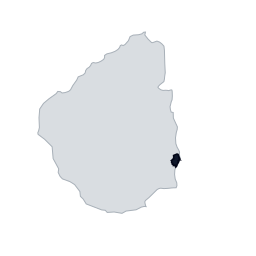 Centurión, Cerro Largo, Uruguay shown in context, rotated 46°
{"feature_id": "84410073B80643779971885", "entity_name": "Centurión", "entity_type": "district", "adm_level": 2, "iso_a3": "URY", "parent_name": "Uruguay", "parent_adm1": "Cerro Largo", "projection": "orthographic", "projection_center": [-53.755, -32.187], "detail": "fine", "context": "in_parent", "style": "filled", "palette": "ink", "viewbox_px": 256, "rotation_deg": 46, "n_neighbors": 0, "source": "geoboundaries", "source_scale": "gbopen_adm2", "svg_char_len": 3831}
<svg xmlns="http://www.w3.org/2000/svg" viewBox="0 0 256 256"><g transform="rotate(46 128 128)"><path d="M197.1,169.6L195.7,170.8L194.2,173.3L192.4,179.1L186.4,187.1L185.2,191.6L178.8,196.3L174.3,201.6L171.4,201.5L168.7,203.8L153.6,210.8L148.1,209.6L144.1,209.7L140.2,206.7L131.6,205.7L126.3,207.0L119.1,210.5L117.0,210.5L115.4,210.4L111.5,209.1L109.2,206.2L98.0,203.1L88.8,195.6L78.2,195.8L70.1,197.1L68.8,196.2L67.9,194.2L66.1,191.4L58.8,184.9L53.0,178.3L51.6,171.7L52.1,164.4L53.4,155.7L52.9,153.1L54.9,151.4L57.0,151.1L58.8,148.7L60.4,145.3L60.6,142.8L59.1,138.1L57.9,131.6L56.6,128.3L58.7,123.1L58.6,120.5L57.2,118.4L56.8,116.1L57.3,113.8L57.1,111.5L56.2,109.4L56.7,107.6L58.8,106.1L60.2,103.9L61.2,100.9L61.6,98.7L61.6,97.2L60.9,95.7L59.5,94.4L60.0,91.7L62.4,87.6L63.9,83.9L64.5,80.7L64.3,78.2L63.4,76.3L63.7,75.0L65.3,74.2L65.9,72.2L65.5,67.1L63.7,63.0L64.8,59.7L68.2,55.7L69.9,52.6L70.0,50.2L71.1,48.8L72.8,51.3L77.9,51.8L82.9,51.7L83.7,51.0L85.6,46.8L88.2,45.6L91.0,45.2L94.1,45.3L97.5,47.9L107.1,56.7L114.1,62.8L116.3,65.7L118.1,67.8L119.5,69.9L119.0,75.2L119.2,77.6L119.5,78.2L121.1,78.3L123.4,77.8L125.3,76.7L126.8,74.9L128.3,73.5L129.5,72.7L129.9,71.6L130.6,70.4L131.3,70.1L132.6,71.0L135.9,74.0L138.4,76.8L139.0,78.4L140.0,80.0L141.0,81.5L141.8,82.9L144.2,84.7L146.6,85.9L148.2,84.7L152.4,88.5L161.5,91.7L163.2,93.6L164.8,96.4L168.0,100.6L172.4,104.4L175.9,106.0L179.3,106.9L181.2,107.7L182.5,109.2L184.6,110.7L185.9,111.3L186.3,112.7L187.7,115.8L189.0,119.7L190.6,123.3L193.8,126.8L197.5,129.5L201.3,131.0L203.5,132.9L204.4,134.9L201.8,137.8L199.0,141.4L196.5,144.3L194.0,146.3L193.1,147.7L192.5,149.8L192.6,161.2L192.3,165.4L192.5,166.6L192.9,167.3L194.5,168.4L196.3,169.4L197.1,169.6Z" fill="#d9dde1" stroke="#a8b0b8" stroke-width="1"/><path d="M189.3,120.8L189.3,120.7L189.2,120.5L189.1,120.4L188.9,120.3L188.9,120.2L189.0,120.1L189.3,119.8L189.3,119.7L189.2,119.5L189.0,119.4L188.9,119.3L189.0,119.2L188.9,119.0L188.9,118.9L188.7,118.9L188.7,118.7L188.4,118.4L188.3,118.2L188.3,117.9L188.3,117.7L188.3,117.4L188.2,117.1L188.1,116.9L187.9,116.8L187.9,116.7L187.9,116.4L187.7,116.4L187.6,116.5L187.5,116.4L187.4,116.2L187.5,116.1L187.6,115.9L187.4,115.9L187.3,115.7L187.3,115.4L187.2,115.4L187.0,115.2L187.1,114.9L187.2,114.7L186.9,114.6L186.7,114.6L186.8,114.5L186.8,114.4L186.9,114.2L186.7,113.9L186.6,113.7L186.4,113.4L186.5,113.3L186.5,113.2L186.5,112.9L186.7,113.0L186.8,113.0L186.8,112.9L187.0,112.7L186.9,112.7L186.7,112.6L186.4,112.5L186.3,112.4L186.3,112.2L186.2,112.1L185.9,112.0L185.7,112.1L185.7,111.9L185.4,111.8L185.2,111.8L185.0,111.7L184.9,111.7L184.8,111.8L184.7,111.8L184.5,111.7L184.4,111.6L184.3,111.4L184.2,111.4L183.9,111.4L183.8,111.2L183.7,111.2L183.4,111.0L183.1,111.0L182.8,110.7L182.7,110.7L182.4,110.7L182.2,110.4L181.7,110.3L181.4,110.5L181.2,110.6L180.9,110.7L180.8,111.0L180.4,111.4L180.4,111.7L180.3,112.0L180.0,112.7L180.0,112.9L179.8,113.3L179.6,113.5L179.6,113.9L179.5,114.1L179.4,114.3L179.6,114.4L179.9,114.3L180.0,114.3L180.2,114.5L180.3,114.7L180.3,114.8L180.3,115.1L181.3,116.0L181.4,116.3L181.5,116.6L181.6,116.9L181.8,116.9L182.0,116.8L181.9,117.2L181.5,117.6L181.5,118.1L181.6,118.3L181.6,118.6L181.6,118.8L181.7,119.0L181.5,119.3L181.5,119.6L181.8,119.6L182.1,119.6L182.3,119.7L182.8,120.0L182.9,120.4L183.0,120.4L183.1,120.5L183.3,120.4L183.5,120.4L183.8,120.4L184.0,120.4L184.2,120.5L184.2,120.8L184.3,120.8L184.4,121.0L184.5,121.2L184.6,121.3L184.9,121.2L185.0,121.2L185.3,121.3L185.4,121.2L185.3,120.9L185.4,120.7L185.5,120.6L186.0,120.8L186.3,120.9L186.4,121.0L186.4,120.9L186.5,120.7L186.8,120.6L187.0,120.6L187.4,120.3L187.6,120.1L187.6,119.9L187.6,119.7L187.8,119.6L188.0,119.8L188.2,120.0L188.2,120.3L188.3,120.3L188.4,120.6L188.5,120.7L188.6,120.8L188.8,120.8L188.8,120.7L189.0,120.7L189.3,120.8Z" fill="#0f172a" stroke="#020617" stroke-width="1.5"/></g></svg>